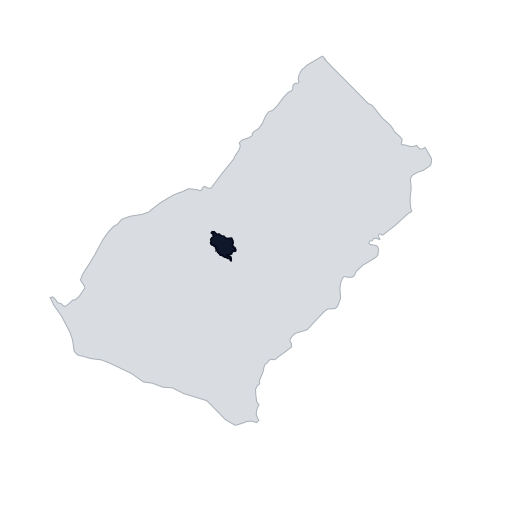 Nkoranza North, Brong Ahafo, Ghana shown in context, rotated 46°
{"feature_id": "2480657B63998169387071", "entity_name": "Nkoranza North", "entity_type": "district", "adm_level": 2, "iso_a3": "GHA", "parent_name": "Ghana", "parent_adm1": "Brong Ahafo", "projection": "robinson", "projection_center": [-1.569, 7.72], "detail": "fine", "context": "in_parent", "style": "filled", "palette": "ink", "viewbox_px": 512, "rotation_deg": 46, "n_neighbors": 0, "source": "geoboundaries", "source_scale": "gbopen_adm2", "svg_char_len": 6947}
<svg xmlns="http://www.w3.org/2000/svg" viewBox="0 0 512 512"><g transform="rotate(46 256 256)"><path d="M307.8,62.1L311.2,65.7L312.0,67.9L310.7,75.9L308.2,81.4L306.6,86.7L306.8,89.3L308.4,91.9L313.6,96.0L316.3,98.7L319.5,102.7L323.2,106.7L329.5,111.8L332.1,112.8L332.0,114.2L331.2,116.2L330.6,135.3L330.1,140.3L329.7,142.8L329.1,150.0L328.5,151.0L327.3,150.9L326.2,151.2L325.9,152.6L326.4,154.1L330.1,155.1L329.3,156.2L326.5,157.2L325.2,159.3L325.8,161.8L324.2,163.7L324.7,165.1L325.7,166.1L327.3,165.7L331.7,162.4L333.5,162.0L335.8,162.7L340.1,167.7L340.2,170.2L338.5,178.7L336.9,185.2L336.6,193.9L338.3,198.7L338.1,201.4L336.2,203.7L331.8,207.1L332.1,209.4L334.1,213.6L337.8,218.4L345.0,224.3L348.8,232.0L348.9,235.1L346.7,238.2L344.1,240.9L343.3,244.9L344.5,270.6L338.8,281.7L338.8,284.9L339.3,288.6L340.8,290.8L343.8,291.4L346.1,293.6L345.3,301.4L344.1,309.4L343.9,313.3L343.2,315.1L340.9,316.6L340.1,319.1L340.7,322.3L340.2,324.6L341.5,327.5L344.1,331.2L348.2,340.5L349.8,341.2L350.6,343.1L350.1,345.0L351.7,349.1L356.4,353.1L361.3,356.7L365.2,357.2L366.1,360.4L368.7,364.5L370.6,366.2L373.6,367.4L376.1,368.0L376.2,371.4L371.8,373.8L368.8,377.3L366.5,382.7L363.3,388.6L352.4,391.7L348.3,391.7L325.9,391.9L304.9,403.5L292.9,407.7L285.5,414.2L275.5,418.9L268.5,424.5L254.0,427.2L230.3,436.1L222.9,439.7L215.4,445.8L203.1,453.1L198.3,453.0L188.8,446.2L181.6,442.8L164.0,437.6L150.9,435.6L144.5,433.4L142.8,433.0L144.2,430.6L147.9,430.4L151.8,431.2L154.7,429.3L159.0,429.1L160.1,427.1L160.4,422.2L160.4,418.3L161.9,416.5L162.3,411.9L160.2,401.5L158.7,400.4L151.0,398.9L150.5,396.9L149.1,394.7L147.6,389.4L145.9,381.5L143.3,371.7L138.1,355.5L136.9,349.8L136.0,344.0L135.8,337.0L136.9,334.4L136.7,330.8L136.3,327.2L139.9,319.0L147.0,308.9L148.5,305.3L149.8,302.8L150.0,299.2L151.3,287.4L154.7,273.2L156.8,267.9L158.3,265.0L160.0,260.2L160.5,258.0L167.0,252.5L170.1,251.0L170.7,248.8L169.7,246.4L170.1,244.7L171.7,243.9L174.1,243.3L175.9,241.0L173.1,223.5L170.9,206.0L170.8,204.6L169.5,202.1L168.1,194.9L165.9,190.7L162.9,189.5L162.9,185.5L166.0,178.8L166.8,174.9L165.3,173.7L165.1,170.6L166.2,165.7L165.6,162.6L165.1,159.4L161.9,151.8L161.1,146.4L162.7,143.2L162.7,136.3L160.9,125.6L160.7,118.9L161.9,116.1L161.3,113.4L158.9,110.8L158.8,108.4L160.8,106.0L160.5,104.1L158.0,102.7L155.8,99.5L153.9,94.3L154.3,85.9L158.0,70.6L158.5,69.3L162.7,69.4L162.7,70.0L175.8,69.9L190.8,69.7L208.7,69.5L225.0,69.3L225.7,68.6L228.4,67.8L244.8,69.3L255.1,68.5L259.5,69.1L262.7,70.1L269.8,69.5L273.6,69.8L276.4,73.7L277.6,73.6L279.2,72.0L282.0,70.2L284.9,68.7L287.0,65.7L288.2,63.4L290.1,63.9L292.8,63.8L294.6,61.9L295.3,58.9L307.8,62.1Z" fill="#d9dde1" stroke="#a8b0b8" stroke-width="1"/><path d="M230.0,262.7L229.9,262.7L229.8,262.8L229.6,262.7L229.2,262.2L228.9,262.1L228.7,261.8L228.4,261.8L228.1,261.8L227.2,261.6L226.9,261.2L226.4,261.1L226.1,261.1L225.7,261.7L225.6,261.8L225.3,262.1L224.8,262.6L224.7,262.8L224.6,263.4L224.6,263.5L224.3,263.5L224.1,263.6L223.6,264.2L223.4,264.5L222.9,264.9L222.4,265.3L221.9,265.1L221.7,265.2L221.6,265.5L221.4,265.5L221.2,265.5L220.7,265.5L220.2,265.2L219.4,265.3L219.2,265.6L219.1,265.8L218.9,265.9L218.7,265.9L218.6,266.2L218.4,266.3L218.1,266.5L217.9,266.7L217.6,266.7L217.4,266.7L217.3,266.8L217.0,266.9L216.9,266.9L216.6,267.0L216.3,267.4L215.8,267.1L215.1,267.1L214.6,267.2L214.4,267.4L214.2,267.5L214.1,267.9L214.0,268.0L213.9,268.1L213.8,268.3L213.7,268.6L213.7,268.8L213.6,269.1L211.8,269.1L209.6,269.1L208.2,270.5L208.4,270.7L208.5,270.8L208.1,271.2L208.1,271.4L208.2,271.5L208.2,271.8L208.4,272.2L208.7,272.2L208.9,272.1L209.1,272.0L209.2,271.8L209.4,271.7L209.8,271.4L210.1,271.5L210.3,271.7L210.5,271.6L211.2,271.9L211.1,272.0L211.0,272.5L211.8,272.5L212.1,272.8L212.5,273.0L212.4,273.1L212.5,273.6L212.5,273.8L212.3,274.3L212.2,274.8L212.1,275.1L212.2,275.4L212.5,275.9L212.5,276.1L212.5,276.4L212.4,276.5L212.4,276.8L212.5,277.0L213.3,277.6L213.7,277.8L213.8,277.9L214.0,277.8L214.3,278.0L214.5,278.2L214.6,278.5L214.8,279.0L214.8,279.3L214.8,279.5L215.0,279.6L215.3,279.6L215.6,279.9L215.7,280.0L215.9,280.1L216.0,280.1L216.3,280.1L216.5,280.1L216.6,279.9L216.8,279.9L217.1,279.9L217.2,280.0L217.3,279.9L217.5,280.0L217.6,279.9L217.9,279.8L218.0,279.6L218.2,279.4L218.3,279.4L218.5,279.3L218.5,279.2L219.0,279.0L218.9,278.8L219.0,278.7L219.2,279.0L219.3,278.9L219.4,279.0L219.5,279.1L219.6,278.9L219.8,279.0L219.8,278.9L220.0,278.9L220.4,279.1L220.5,279.1L220.9,279.0L221.1,279.0L221.3,278.9L221.5,279.0L221.6,278.9L221.7,279.0L221.8,278.9L221.9,279.0L222.0,279.0L222.3,279.1L222.4,279.4L222.4,279.5L222.6,279.5L222.9,279.8L223.2,279.8L223.4,279.8L223.5,280.0L223.8,280.1L224.0,280.4L224.0,280.2L224.5,280.1L225.3,280.3L225.6,280.4L225.6,280.6L225.8,280.6L226.0,280.7L226.4,280.9L226.5,280.9L226.6,281.0L226.8,280.9L227.0,280.8L227.3,280.8L227.7,281.0L227.9,281.0L228.0,281.0L228.5,280.6L228.8,280.5L229.0,280.6L229.1,280.8L229.3,280.9L229.5,280.9L229.6,281.0L229.9,280.9L230.0,281.0L230.4,280.9L230.5,281.0L230.6,280.9L230.8,280.8L230.9,280.7L231.1,280.6L231.3,280.4L231.3,280.5L231.4,280.4L231.5,280.4L231.5,280.2L231.6,279.9L231.8,279.7L231.9,279.9L232.0,279.9L232.0,279.7L232.0,279.4L232.2,279.5L232.6,279.3L232.9,279.3L233.0,279.4L233.0,279.6L233.3,279.9L233.5,279.9L233.7,279.7L233.9,279.5L234.1,279.5L234.4,279.5L234.5,279.6L234.9,279.5L235.1,279.3L235.3,279.3L235.5,279.2L235.6,278.8L235.8,278.7L236.0,278.4L236.3,278.3L236.5,278.3L236.6,278.1L236.9,278.2L237.5,278.3L237.6,278.1L237.8,277.9L237.9,278.0L238.0,278.0L238.3,277.9L238.4,277.7L238.5,277.6L238.7,277.4L238.8,277.3L239.0,277.2L239.0,277.3L239.4,277.1L239.6,277.1L239.9,277.1L240.4,276.9L240.8,277.1L240.7,277.3L240.8,277.2L240.9,277.3L241.0,277.3L241.1,277.2L241.5,277.5L241.7,277.4L242.0,277.5L242.3,277.3L242.3,277.2L242.2,277.0L242.0,276.8L241.8,276.6L241.7,276.5L241.3,276.3L241.0,276.1L240.9,276.0L240.9,275.9L240.6,275.6L240.4,275.4L240.1,275.3L239.9,275.3L239.7,274.9L239.3,274.8L239.1,274.8L238.8,275.0L238.5,274.9L238.3,275.0L238.2,274.9L238.1,275.0L237.8,275.1L237.7,275.2L237.6,275.4L237.5,275.5L237.0,275.8L236.4,275.7L236.2,276.0L236.2,275.9L236.0,275.7L235.8,275.7L235.8,275.9L235.5,276.3L235.4,276.3L235.2,276.3L235.4,276.1L235.4,275.6L236.4,274.1L236.8,273.8L237.0,273.0L237.3,272.5L237.6,272.2L237.3,271.9L237.3,271.7L237.1,271.4L237.0,270.9L236.8,270.3L236.7,270.2L236.9,269.4L236.8,268.6L237.0,268.4L237.1,268.2L237.3,268.0L237.5,268.1L237.5,267.8L237.8,267.7L238.0,267.6L238.3,267.4L238.2,267.1L237.8,266.9L237.5,266.9L237.2,266.8L236.6,266.5L236.8,266.4L237.2,266.1L236.9,266.0L236.7,265.9L236.3,265.8L236.1,265.5L235.8,265.7L235.7,265.5L235.4,265.7L235.2,265.8L234.9,265.9L234.8,266.0L234.6,266.1L234.3,266.1L234.1,266.2L233.8,265.8L233.8,265.7L233.4,265.5L233.4,265.4L233.1,265.5L232.9,265.5L232.7,265.5L232.0,265.8L231.8,265.8L231.7,265.7L231.4,265.2L231.2,263.8L231.0,263.7L230.8,263.3L230.6,263.2L230.3,263.3L230.2,263.3L230.1,263.2L230.0,262.7Z" fill="#0f172a" stroke="#020617" stroke-width="1.5"/></g></svg>